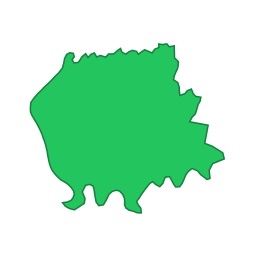 Iraí, Rio Grande do Sul, Brazil (Mercator projection), rotated 279°
{"feature_id": "56859067B57334464223199", "entity_name": "Iraí", "entity_type": "district", "adm_level": 2, "iso_a3": "BRA", "parent_name": "Brazil", "parent_adm1": "Rio Grande do Sul", "projection": "mercator", "projection_center": [-53.247, -27.255], "detail": "fine", "context": "isolated", "style": "filled", "palette": "green", "viewbox_px": 256, "rotation_deg": 279, "n_neighbors": 0, "source": "geoboundaries", "source_scale": "gbopen_adm2", "svg_char_len": 2030}
<svg xmlns="http://www.w3.org/2000/svg" viewBox="0 0 256 256"><g transform="rotate(279 128 128)"><path d="M44.0,75.1L40.9,78.4L39.3,83.0L38.8,87.9L46.7,96.6L51.6,96.6L57.7,92.9L64.8,95.1L66.3,99.2L65.0,102.8L62.1,104.0L56.1,105.9L53.2,106.9L49.9,108.1L46.7,111.3L48.2,115.7L53.4,117.8L59.7,119.7L63.0,122.5L64.6,125.9L64.5,129.4L61.8,132.9L58.2,135.4L54.8,136.3L51.5,136.6L48.7,138.4L46.9,142.1L46.7,146.0L45.7,150.4L46.2,154.4L50.8,153.2L53.6,150.2L56.6,148.0L60.3,149.9L64.8,151.8L70.3,154.6L76.7,158.2L78.8,160.9L76.7,163.9L75.0,168.6L79.0,171.2L82.1,171.7L85.3,172.6L86.4,176.7L82.9,179.5L80.0,181.6L77.2,184.3L78.0,188.2L81.7,190.1L85.9,191.3L89.6,192.1L92.5,193.2L95.2,194.9L98.0,197.7L96.6,203.4L93.3,207.1L91.4,210.6L89.5,214.0L91.0,216.9L94.3,216.0L98.8,214.8L106.0,217.1L112.5,227.9L118.3,225.5L123.2,214.0L124.8,206.2L143.3,206.7L143.8,188.0L148.5,189.5L152.5,192.3L158.5,193.2L162.2,193.6L165.7,195.0L169.8,195.2L169.8,190.0L172.0,187.1L176.4,184.5L174.0,180.6L171.0,179.0L168.3,174.3L172.8,172.8L176.2,172.3L180.7,170.0L182.8,165.4L186.8,165.6L189.9,166.3L193.3,167.3L196.3,167.8L201.3,167.4L204.6,163.0L216.4,160.8L214.7,156.1L217.2,153.1L215.8,149.1L215.8,145.2L212.3,145.9L210.0,142.1L205.9,140.0L206.8,136.6L207.9,132.2L204.9,129.0L202.5,126.7L205.0,124.4L205.4,120.2L203.6,117.3L200.5,114.0L202.0,110.1L205.4,108.2L202.9,105.5L199.0,102.4L198.0,97.1L194.5,95.0L195.3,89.4L193.3,85.9L196.9,83.1L195.1,79.9L191.4,77.5L194.8,74.6L191.1,71.3L188.0,70.1L185.0,68.6L183.8,64.5L186.8,62.1L189.9,63.8L193.2,62.3L193.2,58.8L191.1,55.9L186.8,54.5L182.2,54.4L176.9,53.8L171.3,50.7L168.0,48.2L163.4,45.1L158.7,41.6L154.9,38.6L151.5,36.4L148.4,33.9L143.1,30.6L138.1,28.1L132.6,28.4L128.6,29.2L125.6,31.0L122.4,33.6L118.7,36.8L115.3,39.4L111.3,42.2L107.5,44.5L104.5,46.0L101.7,47.7L98.1,49.4L92.3,51.8L87.6,53.3L81.7,55.5L77.2,57.7L74.5,59.6L71.4,62.7L68.8,66.0L66.3,69.7L64.5,74.5L62.8,77.9L60.4,81.1L57.2,84.2L54.1,85.3L50.5,84.6L47.6,83.1L45.4,79.7L44.0,75.1Z" fill="#22c55e" stroke="#15803d" stroke-width="1.5"/></g></svg>